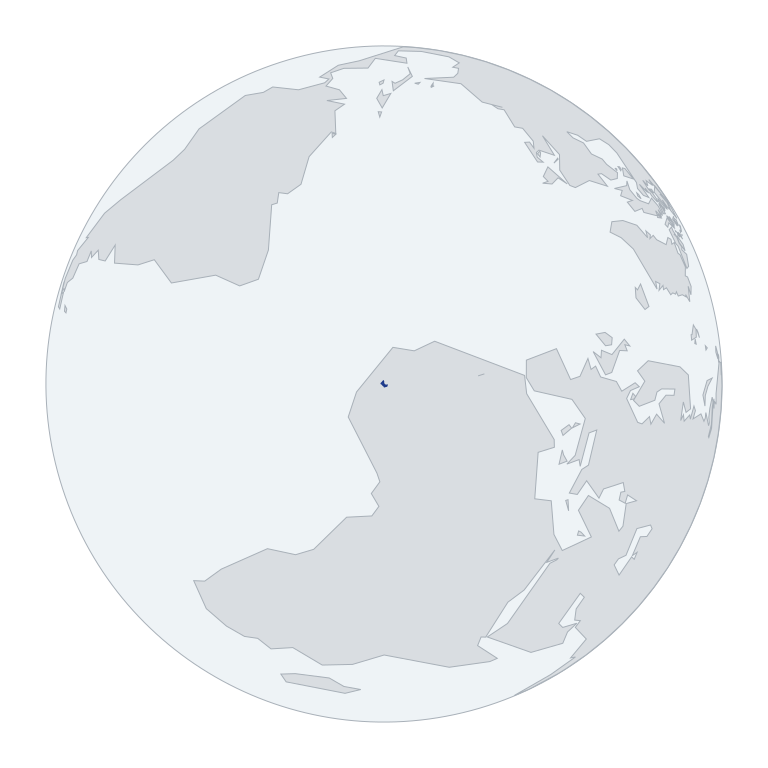 globe centered on Koubia, rotated 75°
{"feature_id": "GIN-5645", "entity_name": "Koubia", "entity_type": "Prefecture", "adm_level": 1, "iso_a3": "GIN", "parent_name": "Guinea", "parent_adm1": "", "projection": "orthographic", "projection_center": [-11.818, 11.71], "detail": "fine", "context": "on_globe", "style": "filled", "palette": "blue", "viewbox_px": 768, "rotation_deg": 75, "n_neighbors": 0, "source": "natural_earth", "source_scale": "10m", "svg_char_len": 9115}
<svg xmlns="http://www.w3.org/2000/svg" viewBox="0 0 768 768"><g transform="rotate(75 384 384)"><circle cx="384" cy="384" r="338" fill="#eef3f6" stroke="#a8b0b8"/><path d="M283.7,61.3L282.8,62.0L255.0,75.3L261.8,73.1L255.5,78.1L260.9,77.8L254.2,81.4L264.3,78.2L269.4,75.1L275.6,72.9L279.2,72.7L271.3,76.8L268.3,77.6L267.9,78.8L262.4,81.1L267.2,79.9L257.2,85.6L272.4,79.9L268.9,84.6L260.8,88.5L254.8,88.0L221.1,99.3L211.0,104.9L202.9,112.4L202.0,125.6L193.8,132.6L187.6,142.1L195.2,137.7L202.8,128.9L215.5,124.1L223.2,115.0L229.5,112.1L240.3,103.8L245.9,105.5L245.7,112.1L237.1,119.5L236.7,123.0L250.8,117.0L240.6,133.0L243.8,148.3L240.3,153.1L222.9,158.9L207.8,155.1L185.2,166.7L207.2,160.2L198.2,173.8L199.8,176.9L204.6,177.3L210.9,172.8L209.3,178.2L187.0,185.6L188.0,180.8L195.1,178.1L188.0,177.0L172.9,183.9L169.5,191.2L150.2,197.0L147.6,202.7L141.9,207.7L147.4,198.0L137.1,216.2L113.9,231.9L99.4,265.8L105.7,237.3L103.0,232.3L98.4,230.3L95.8,235.6L93.3,228.2L84.8,236.6L72.4,262.0L65.9,283.9L69.5,288.7L74.9,278.2L80.1,278.8L67.2,308.1L74.7,317.7L68.7,341.1L69.6,355.0L75.6,354.4L81.2,362.9L88.3,350.9L98.4,346.3L95.4,365.8L103.5,349.7L107.4,360.7L129.4,365.7L126.9,369.7L145.0,397.5L169.6,412.5L175.3,427.9L171.9,436.1L181.6,440.3L181.8,446.1L224.7,461.0L250.3,478.2L251.9,498.0L235.3,518.4L231.4,563.2L204.5,573.7L205.3,590.8L197.5,613.0L180.2,607.7L193.0,621.5L189.9,627.2L180.8,625.4L186.1,633.8L179.7,632.3L188.8,639.2L189.0,647.4L201.2,657.2L204.0,663.6L212.2,669.2L209.4,668.2L209.2,669.2L212.7,671.9L199.5,664.6L183.8,652.5L179.7,647.5L175.8,645.4L165.9,631.7L165.6,633.7L146.7,609.7L137.9,590.7L113.3,529.7L105.7,515.8L89.7,496.6L69.4,443.3L71.1,425.1L68.3,414.6L77.7,390.4L77.7,363.3L75.1,358.3L70.9,366.7L64.3,345.7L65.4,324.4L63.3,278.2L67.0,267.0L73.3,251.3L76.6,243.6L87.2,222.4L99.2,202.1L112.7,182.6L127.5,164.1L143.5,146.6L160.7,130.4L179.0,115.4L198.3,101.7L218.6,89.3L239.6,78.5L261.4,69.1L283.7,61.3ZM94.2,277.0L103.2,299.1L93.8,297.9L96.4,295.5L95.0,287.2L91.0,278.3L83.9,279.0L94.2,277.0ZM107.9,260.9L106.0,258.6L108.5,259.5L107.9,260.9ZM236.4,103.6L238.3,103.7L235.3,105.1L236.4,103.6ZM239.3,100.1L234.6,101.7L235.2,100.3L238.1,99.3L239.3,100.1ZM245.0,98.5L237.0,97.8L238.3,95.5L250.5,90.1L245.0,98.5ZM269.4,74.2L264.2,77.5L265.2,75.1L269.4,74.2ZM268.6,73.4L262.8,71.1L272.4,66.9L272.4,68.1L282.1,63.6L289.6,62.5L286.0,64.8L278.3,67.5L287.0,65.2L268.6,73.4ZM278.1,71.8L276.1,71.4L284.3,67.6L289.8,67.8L285.4,68.9L278.1,71.8ZM281.0,63.2L288.0,60.8L296.0,59.2L299.9,58.2L290.6,62.2L281.0,63.2ZM285.4,69.7L292.4,68.1L291.9,69.9L280.6,72.0L285.4,69.7ZM284.0,66.7L288.2,65.1L287.7,66.0L284.0,66.7ZM294.0,76.6L291.4,75.5L295.4,73.3L294.0,76.6ZM295.0,67.4L295.2,66.9L296.5,66.0L300.9,65.5L295.0,67.4ZM296.9,61.0L298.8,61.1L301.1,59.3L307.2,58.5L299.9,61.5L305.6,59.9L307.5,59.7L299.5,62.5L296.9,61.0ZM309.2,62.7L302.1,67.2L306.0,69.3L302.5,71.2L296.8,67.6L309.2,62.7ZM304.2,62.3L306.5,62.9L301.0,64.5L296.0,65.2L304.2,62.3ZM314.0,57.1L306.5,57.5L308.3,56.9L314.0,57.1ZM311.4,62.9L313.1,61.9L312.4,62.9L311.4,62.9ZM314.4,58.4L311.5,58.4L313.7,57.7L314.4,58.4ZM318.9,60.1L316.6,61.4L313.1,61.7L318.9,60.1ZM317.7,59.0L321.4,58.0L313.3,61.0L316.1,59.1L317.7,59.0ZM316.9,57.7L317.3,57.3L317.8,57.8L316.9,57.7ZM333.3,58.7L323.9,62.3L316.3,62.8L326.5,59.0L333.3,58.7ZM225.2,678.5L202.4,666.6L213.5,672.5L212.4,669.8L227.6,677.8L225.2,678.5ZM225.6,671.8L229.5,671.0L233.0,672.8L231.1,673.8L225.6,671.8ZM706.0,281.6L708.8,290.9L716.3,322.5L718.6,338.9L707.8,298.2L697.2,269.7L696.9,274.7L682.7,254.6L668.6,262.2L663.4,255.6L661.4,260.9L651.0,256.6L641.8,245.7L637.0,248.6L660.5,277.2L665.4,274.4L665.0,259.7L671.0,270.9L680.7,278.4L681.3,311.5L655.1,349.7L647.3,326.7L600.1,270.1L598.6,262.7L598.2,262.0L597.3,260.6L598.4,272.9L588.5,261.9L619.3,302.0L626.8,320.8L654.8,351.3L653.5,355.7L660.9,361.3L678.3,345.6L679.5,353.6L674.5,394.3L645.8,454.0L646.7,487.0L639.5,516.4L615.0,540.3L610.6,561.7L597.0,571.8L591.7,584.1L577.1,598.8L555.0,613.8L524.7,618.7L528.0,608.2L520.7,589.1L512.9,539.2L526.0,513.6L525.5,494.7L503.0,454.6L508.3,429.9L500.9,420.6L486.5,424.6L477.4,413.3L468.2,413.9L406.6,427.1L384.6,412.6L350.9,365.9L359.8,346.2L355.8,324.0L412.1,246.0L430.3,248.7L481.7,234.0L489.2,235.8L489.9,252.8L533.9,268.1L540.1,252.7L573.3,258.8L591.0,254.9L585.4,223.3L556.3,228.9L544.6,215.4L562.5,198.3L587.0,195.2L583.2,190.0L562.2,181.0L562.1,170.3L554.2,177.4L561.6,181.9L556.9,186.9L549.8,183.2L550.1,179.2L541.1,178.4L542.2,199.1L549.9,205.9L529.9,213.3L540.7,225.9L537.3,233.2L517.7,215.0L515.3,207.5L483.5,190.4L484.3,198.6L514.3,215.8L507.5,215.1L508.7,228.1L502.4,217.8L469.4,198.5L447.5,206.4L429.5,240.6L414.7,244.9L397.8,240.3L394.5,208.3L428.0,202.6L427.3,192.7L412.1,180.4L423.5,180.2L421.5,175.0L433.3,172.9L441.7,158.9L452.5,156.2L447.8,141.1L452.7,138.1L454.1,147.6L460.8,153.4L486.7,148.9L489.3,145.1L484.2,136.0L491.9,136.6L483.7,128.5L494.6,123.2L474.3,123.5L467.8,114.5L470.0,106.8L464.2,104.3L460.6,117.1L462.4,122.4L469.8,126.6L471.6,143.2L464.4,147.2L448.8,131.3L436.9,135.7L429.9,122.8L444.0,93.7L454.0,87.7L487.3,94.3L489.6,99.6L478.8,99.5L496.1,106.9L491.2,102.7L497.6,103.7L493.0,96.7L497.3,97.2L485.5,90.3L490.3,90.1L497.7,94.5L494.9,85.6L502.8,84.6L500.1,82.5L494.9,80.5L508.3,81.3L505.7,79.8L500.3,78.9L491.7,75.5L481.6,70.4L486.7,70.9L491.1,72.8L508.0,78.3L518.7,84.3L519.8,84.1L511.7,79.1L491.1,72.2L483.6,69.1L493.1,71.6L489.0,70.4L486.9,69.1L489.6,68.5L479.1,65.7L448.6,54.3L450.9,53.3L462.8,56.0L450.1,52.6L473.5,58.1L496.4,65.3L518.7,74.1L540.4,84.4L561.3,96.3L581.3,109.6L600.2,124.3L618.1,140.3L634.9,157.6L650.3,176.0L664.4,195.4L677.1,215.8L688.3,237.0L698.0,259.0L706.0,281.6ZM400.2,284.4L400.5,291.0L400.2,284.4ZM618.3,208.5L629.4,206.4L615.1,189.6L618.1,187.7L612.1,183.1L614.0,188.5L597.9,175.9L599.3,169.5L593.2,162.5L589.2,163.0L589.1,177.1L612.1,194.6L613.6,202.8L618.3,208.5ZM130.2,365.7L132.5,370.1L128.6,369.3L130.2,365.7ZM90.3,305.3L93.2,307.0L94.0,310.6L91.3,310.6L90.3,305.3ZM120.6,315.9L125.1,319.0L119.5,319.1L120.6,315.9ZM105.1,302.2L116.9,314.3L106.2,317.1L99.1,309.8L105.3,310.1L105.1,302.2ZM102.0,271.2L103.3,273.3L101.4,276.5L102.0,271.2ZM109.7,261.6L108.8,261.6L109.1,258.4L109.7,261.6ZM199.5,173.3L201.3,172.9L205.1,174.5L201.3,176.1L199.5,173.3ZM234.3,169.9L231.1,178.8L230.7,173.1L224.8,176.4L216.7,169.5L238.2,155.2L229.9,162.5L234.3,169.9ZM211.9,157.6L214.6,162.7L210.8,157.8L211.9,157.6ZM398.3,151.6L405.0,154.0L404.4,160.1L390.7,166.3L391.4,157.1L398.3,151.6ZM414.6,156.2L402.9,140.3L410.9,136.7L408.4,141.2L414.9,140.5L412.6,147.7L431.8,161.0L432.5,167.6L406.8,173.6L414.8,167.6L407.7,165.2L414.6,156.2ZM358.7,114.8L353.8,110.3L377.7,108.0L379.6,112.6L366.0,118.3L355.8,116.3L358.7,114.8ZM268.1,90.2L264.7,90.4L266.8,89.0L271.6,87.7L268.1,90.2ZM292.4,76.3L285.5,88.6L281.2,89.2L282.2,97.0L271.3,101.9L271.0,96.5L263.4,106.7L258.7,103.8L254.8,110.8L255.2,98.2L250.7,96.8L259.9,96.3L270.1,91.7L273.1,89.3L278.4,81.8L273.7,77.5L283.0,73.1L290.9,71.2L293.4,71.5L286.5,74.1L294.9,72.7L286.9,76.8L292.4,76.3ZM377.3,64.4L368.3,64.9L383.7,67.3L375.7,69.5L378.0,69.7L375.0,72.7L375.2,77.0L370.6,77.7L372.7,79.1L370.7,81.5L372.0,83.9L364.2,86.3L365.2,89.6L361.0,89.0L364.7,94.1L358.5,91.6L355.3,95.1L363.0,95.7L318.1,108.2L304.1,117.0L295.8,126.3L286.2,121.9L287.9,111.0L296.1,98.7L310.9,91.5L303.9,91.4L308.9,88.1L312.4,89.5L310.1,85.5L315.2,83.3L322.4,75.4L316.0,71.9L318.5,69.4L323.5,69.7L322.5,67.1L333.8,66.2L335.8,64.6L348.9,62.6L357.5,65.0L359.2,63.1L369.2,62.1L377.3,64.4ZM337.1,58.1L349.2,59.3L350.8,61.5L327.2,64.2L323.8,65.8L308.8,68.6L306.8,65.7L311.3,65.1L315.1,63.8L314.2,65.2L317.9,63.2L324.2,62.5L328.7,60.9L331.4,61.6L337.1,58.1ZM493.8,228.8L498.8,228.9L505.9,227.1L506.8,235.7L493.8,228.8ZM471.2,215.8L475.2,214.2L480.0,224.4L474.7,224.9L471.2,215.8ZM473.4,205.0L475.1,213.3L471.0,209.1L473.4,205.0ZM457.4,146.0L461.2,144.2L463.2,146.2L462.9,149.8L457.4,146.0ZM421.3,75.5L415.9,74.6L416.0,73.7L407.0,69.9L412.1,68.5L419.6,70.2L421.3,75.5ZM582.8,229.5L580.1,236.3L576.3,234.0L578.0,232.1L582.8,229.5ZM543.4,236.2L554.3,238.5L543.5,238.6L543.4,236.2ZM425.4,73.3L421.1,71.8L426.3,72.1L425.4,73.3ZM415.4,67.3L420.9,67.3L411.7,67.9L415.4,67.3ZM672.7,501.7L646.4,555.6L637.5,558.7L640.8,544.7L653.8,513.0L665.8,501.0L673.1,485.5L672.7,501.7ZM717.1,327.2L716.8,325.2L716.9,325.9L717.1,327.2ZM463.2,65.5L470.0,71.7L478.4,76.7L488.4,79.7L477.2,78.8L464.3,71.0L463.2,65.5ZM449.9,55.2L441.1,53.7L442.8,53.4L445.1,53.7L449.9,55.2ZM446.1,55.0L439.2,55.2L433.0,53.8L439.6,53.8L446.1,55.0ZM432.8,62.4L434.5,64.2L430.2,63.7L432.8,62.4Z" fill="#d9dde1" stroke="#a8b0b8" stroke-width="1"/><path d="M386.0,381.5L386.4,381.7L386.5,381.7L386.7,382.0L386.7,384.0L386.7,384.3L386.1,384.4L385.7,384.5L385.5,384.9L385.1,385.2L384.1,385.6L383.3,386.1L383.0,386.3L382.9,386.5L382.7,386.5L382.6,386.3L382.6,386.0L382.3,385.8L382.1,385.4L381.6,384.7L381.2,384.2L381.1,383.9L381.8,383.9L382.0,384.0L382.3,384.1L382.5,384.3L382.8,384.3L383.2,384.3L383.3,384.2L383.5,384.2L383.9,384.1L384.1,384.0L384.4,383.9L385.1,383.9L385.2,383.7L385.3,383.2L385.6,382.9L385.7,382.5L386.0,382.0L386.0,381.5Z" fill="#3b82f6" stroke="#1e3a8a" stroke-width="1.5"/></g></svg>